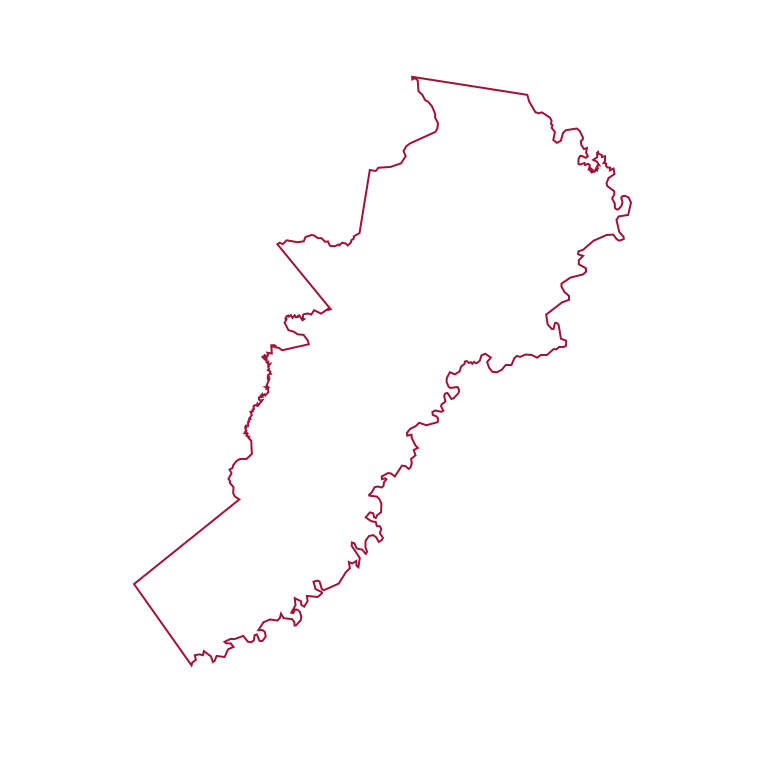 outline of Pacoa (Cor. Departamental), Vaupés, Colombia, rotated 279°
{"feature_id": "7082276B7457968430038", "entity_name": "Pacoa (Cor. Departamental)", "entity_type": "district", "adm_level": 2, "iso_a3": "COL", "parent_name": "Colombia", "parent_adm1": "Vaupés", "projection": "albers", "projection_center": [-70.674, 0.194], "detail": "fine", "context": "isolated", "style": "outline", "palette": "rose", "viewbox_px": 768, "rotation_deg": 279, "n_neighbors": 0, "source": "geoboundaries", "source_scale": "gbopen_adm2", "svg_char_len": 6153}
<svg xmlns="http://www.w3.org/2000/svg" viewBox="0 0 768 768"><g transform="rotate(279 384 384)"><path d="M627.4,578.8L632.7,577.0L630.4,573.7L633.1,573.6L632.8,570.9L634.3,569.1L636.4,569.0L636.6,566.3L638.7,567.5L643.6,566.6L642.3,563.8L644.3,563.1L644.9,559.8L646.7,559.2L645.7,558.3L641.4,559.1L638.1,555.6L636.8,559.6L633.7,562.4L633.7,561.0L632.2,560.3L630.7,561.5L628.3,561.0L629.7,559.5L626.9,559.1L625.4,556.0L627.0,554.4L627.7,557.0L629.4,554.5L628.2,552.8L632.0,553.2L633.4,551.4L631.8,548.3L633.6,547.6L631.3,542.9L631.9,541.6L636.5,540.9L639.7,541.9L640.3,543.4L639.0,548.0L640.9,549.7L644.2,547.4L648.8,547.5L647.4,544.6L651.1,541.5L654.6,540.4L656.5,542.1L658.4,542.0L664.6,537.7L666.5,534.4L663.1,523.9L659.8,521.5L651.9,520.6L649.2,517.1L651.5,513.0L659.7,513.4L663.3,509.5L666.1,509.9L667.2,508.1L670.0,508.4L673.0,506.4L677.0,497.5L675.6,494.5L676.1,491.0L685.9,483.1L692.0,480.3L691.8,363.8L689.3,364.3L691.0,366.9L689.1,369.8L678.5,372.3L675.5,376.7L670.7,380.3L669.7,383.5L665.7,388.0L658.7,392.3L655.1,392.8L649.9,396.6L644.5,396.7L641.0,395.3L625.8,372.2L622.3,368.8L617.1,366.9L612.4,369.8L604.6,366.3L599.4,356.4L596.7,344.6L593.1,342.5L593.1,336.5L529.2,336.2L525.1,331.1L522.8,331.4L521.0,329.3L518.6,329.2L515.2,326.6L516.8,324.3L517.0,320.5L513.9,318.1L514.6,317.2L512.6,314.4L511.9,310.3L512.1,309.0L516.0,306.3L515.3,303.5L518.3,299.4L517.6,295.9L519.7,292.1L519.9,289.3L516.9,283.5L512.4,282.4L510.5,276.6L510.7,265.3L506.4,262.3L507.2,258.8L505.4,256.8L449.5,319.6L448.5,317.4L450.0,317.5L443.7,310.9L445.9,303.4L441.2,301.3L441.7,297.5L440.5,294.1L439.4,293.2L436.0,293.6L435.6,295.0L434.2,293.5L438.6,289.6L437.7,288.4L435.7,288.4L437.0,288.0L435.8,285.4L436.6,286.3L437.9,285.0L435.0,283.3L437.5,281.3L435.7,279.4L436.6,278.6L435.3,276.9L433.1,277.5L433.0,276.5L431.6,277.3L429.1,276.2L422.3,281.1L421.5,287.0L419.6,290.8L419.9,296.9L414.9,302.0L411.5,303.5L401.4,278.1L403.3,274.3L403.2,270.9L404.5,270.9L403.7,269.1L405.1,269.3L404.6,266.6L396.6,268.4L396.6,264.0L395.4,265.0L393.2,264.5L393.8,261.6L391.7,260.8L392.3,259.0L390.7,260.9L391.9,263.4L390.8,264.0L389.5,262.8L389.2,264.5L387.3,264.4L386.6,265.5L387.5,266.3L384.8,266.7L385.8,268.3L382.6,267.0L380.8,268.2L379.6,267.2L378.5,269.8L376.8,269.5L376.3,270.5L374.8,268.1L372.2,268.2L372.6,269.1L370.7,268.9L371.0,269.9L363.9,268.3L362.9,269.9L362.3,267.5L361.7,269.1L360.7,268.8L360.9,270.3L358.0,271.1L354.1,268.5L355.1,267.4L353.7,266.5L354.4,265.8L353.1,264.7L353.9,264.7L352.4,263.8L352.0,265.0L351.2,262.7L349.2,262.9L348.4,264.2L349.1,266.4L343.1,263.1L344.6,262.0L342.7,261.8L343.0,259.9L341.7,258.6L338.9,259.4L338.1,257.5L338.0,258.6L336.3,258.7L335.7,256.5L332.7,258.3L329.3,256.5L328.6,257.4L328.3,256.3L325.8,256.8L325.5,255.7L321.3,256.3L321.3,254.1L319.6,253.7L319.3,254.7L317.9,254.1L316.3,255.5L314.8,254.2L314.1,256.2L313.4,255.0L313.3,256.9L311.2,256.5L310.9,259.1L309.6,258.5L307.3,261.7L294.3,264.4L288.5,260.0L287.5,253.8L285.2,250.6L280.3,247.8L277.3,247.5L275.4,244.8L272.0,247.4L266.0,245.2L263.6,247.4L262.3,247.1L258.5,251.5L252.7,252.1L249.6,254.2L247.4,259.2L147.3,168.4L76.0,237.9L78.9,238.2L82.1,241.3L86.5,239.6L88.1,244.0L87.8,247.6L92.0,247.9L87.8,255.8L82.6,258.5L84.1,260.1L89.2,261.2L89.4,269.3L97.5,271.5L100.8,276.5L103.8,273.2L103.2,268.7L104.4,266.8L108.2,272.3L108.6,276.2L113.2,284.4L108.2,289.8L108.2,293.1L110.4,295.6L115.6,295.5L116.8,297.6L110.8,301.3L111.2,304.1L115.9,306.7L120.4,305.2L121.9,302.7L121.2,298.4L129.9,302.3L133.6,308.2L133.7,315.8L136.6,317.8L141.0,318.2L137.0,321.5L137.4,330.0L134.8,332.7L131.5,333.4L131.7,334.8L137.5,338.6L140.9,338.8L145.7,336.7L147.6,333.9L147.4,331.6L143.6,330.2L143.6,328.2L151.7,331.2L158.5,329.4L156.4,336.0L152.8,337.0L151.6,340.0L157.7,342.5L162.6,341.0L163.3,351.9L167.6,355.5L168.7,355.1L170.8,348.4L177.7,345.3L179.4,349.1L178.9,351.2L171.6,354.7L171.0,357.0L179.8,370.5L192.4,375.9L196.6,379.1L202.7,377.2L201.7,380.6L204.9,384.3L200.2,385.3L199.0,387.4L208.4,387.3L219.1,377.4L222.4,377.1L222.1,379.6L217.3,382.8L217.0,388.4L213.3,392.6L215.7,393.5L219.9,391.2L226.2,390.3L231.4,392.9L233.1,396.9L231.3,400.3L227.2,403.6L229.9,406.5L232.0,407.0L236.1,403.2L240.2,404.0L242.7,402.4L242.8,399.0L246.4,397.5L246.5,392.8L249.4,386.8L255.0,390.2L254.6,393.6L250.9,394.9L250.4,396.9L253.3,397.7L256.8,401.1L265.4,400.2L269.5,397.5L271.7,394.6L271.4,387.0L272.3,386.6L275.0,388.9L280.5,390.8L281.8,393.9L281.4,397.6L282.9,399.4L287.1,399.4L290.2,401.3L291.1,399.9L289.7,396.9L292.3,396.2L296.7,401.9L296.7,404.9L294.4,409.2L306.2,414.5L306.3,417.8L304.0,421.7L305.5,423.1L309.5,423.9L314.3,422.5L318.6,426.3L323.4,423.7L326.2,427.5L328.2,424.7L334.9,419.9L338.2,419.1L336.6,415.1L339.1,414.2L343.8,416.9L347.2,421.8L351.2,424.8L349.9,432.3L354.7,443.0L358.5,442.7L360.2,441.0L361.1,437.0L363.9,436.2L365.8,438.7L365.5,444.8L366.8,446.8L371.0,443.8L372.9,444.1L376.2,447.4L381.6,445.3L384.0,445.7L385.1,448.1L379.8,452.9L380.7,454.9L386.6,459.0L389.6,459.2L392.5,457.2L390.5,450.0L391.4,448.2L395.7,445.5L399.8,445.1L405.9,447.2L404.7,452.6L408.3,456.7L413.4,457.5L416.5,460.4L418.8,460.4L419.6,462.3L418.1,464.4L419.1,466.4L417.8,468.0L420.0,469.5L418.9,471.1L419.5,472.8L422.0,475.0L427.6,475.8L429.7,479.4L426.8,485.4L421.9,482.4L416.6,485.2L412.9,489.2L413.4,493.8L416.4,498.0L421.9,501.3L422.6,506.9L429.8,508.7L432.5,510.7L432.1,514.2L435.2,519.1L435.8,525.3L434.0,531.2L437.2,534.4L438.1,540.4L445.0,546.0L445.2,548.7L448.1,551.4L448.5,555.5L450.2,557.8L455.3,557.2L456.4,551.7L470.0,547.1L471.4,544.8L470.9,543.3L464.9,542.8L464.5,541.2L468.5,536.3L477.9,533.3L492.5,547.1L496.1,553.6L500.0,552.9L503.1,547.8L508.0,544.0L510.9,543.6L518.3,551.5L523.4,563.5L526.7,566.0L530.0,565.2L532.6,557.8L536.7,557.0L541.7,560.6L542.5,555.4L545.4,555.3L547.7,559.6L558.3,568.6L566.1,580.7L567.4,587.1L563.4,591.2L562.3,593.9L564.6,598.1L566.7,597.7L571.0,592.6L582.5,587.9L586.2,589.6L589.2,598.7L601.8,599.6L606.6,596.3L607.5,592.6L606.8,590.1L605.1,589.2L601.0,591.1L597.3,590.8L593.3,588.3L592.8,586.4L594.0,584.6L598.5,583.6L602.9,580.3L607.4,581.8L610.4,581.3L614.4,573.6L617.1,572.4L622.6,573.6L627.4,578.8Z" fill="none" stroke="#9f1239" stroke-width="2"/></g></svg>